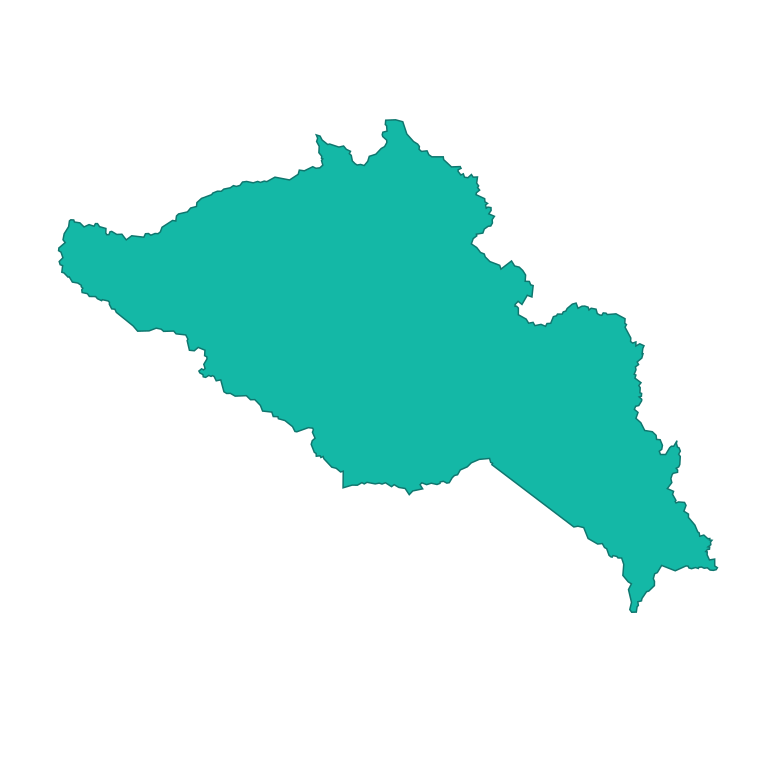 the district of Santa Rosa De Osos, Antioquia, Colombia, rotated 172°
{"feature_id": "7082276B84745263365816", "entity_name": "Santa Rosa De Osos", "entity_type": "district", "adm_level": 2, "iso_a3": "COL", "parent_name": "Colombia", "parent_adm1": "Antioquia", "projection": "mercator", "projection_center": [-75.464, 6.704], "detail": "fine", "context": "isolated", "style": "filled", "palette": "teal", "viewbox_px": 768, "rotation_deg": 172, "n_neighbors": 0, "source": "geoboundaries", "source_scale": "gbopen_adm2", "svg_char_len": 6140}
<svg xmlns="http://www.w3.org/2000/svg" viewBox="0 0 768 768"><g transform="rotate(172 384 384)"><path d="M170.5,123.5L165.9,123.0L164.4,128.1L162.9,129.4L163.0,133.0L159.2,133.4L158.4,135.7L152.9,141.8L150.6,142.1L144.3,146.7L143.6,150.9L144.4,153.7L142.4,158.4L139.6,159.2L134.3,165.7L121.6,158.5L110.3,161.8L108.2,161.3L107.7,159.5L105.2,158.3L101.1,158.9L98.4,157.6L97.8,158.6L95.1,158.6L92.6,157.0L89.4,157.0L87.0,154.4L83.8,153.6L80.9,153.9L79.4,155.7L81.8,157.8L80.9,164.6L86.2,164.5L87.8,169.9L87.3,172.8L88.7,173.3L86.7,175.1L84.7,175.1L84.2,177.1L85.8,177.6L82.7,179.4L82.7,182.1L81.0,183.6L83.4,184.3L82.9,185.6L84.9,185.8L88.3,189.9L92.5,189.3L92.6,192.7L93.9,193.9L95.8,201.1L101.1,209.5L100.6,212.8L104.7,216.3L101.8,221.8L102.9,224.9L108.7,226.2L111.4,225.6L112.0,227.2L111.1,228.1L113.6,234.6L112.2,237.4L118.0,241.0L112.7,246.3L113.1,250.3L111.3,254.1L110.1,255.3L105.6,255.7L105.2,257.9L106.4,259.9L103.7,260.9L102.3,263.1L100.7,271.0L102.0,273.5L99.9,276.3L100.7,279.7L102.2,280.7L102.7,284.6L101.7,287.1L105.8,282.0L108.0,282.4L110.0,281.1L114.9,275.0L120.0,275.7L120.8,279.1L118.1,280.6L116.8,284.5L118.3,290.4L121.8,291.2L121.7,295.3L124.9,299.4L132.3,301.7L135.1,310.0L139.3,314.9L136.4,320.5L139.6,324.1L137.9,326.9L134.7,327.2L131.2,331.5L130.9,333.0L133.2,335.7L130.8,336.1L130.2,338.8L131.8,339.7L130.8,344.7L131.9,347.0L129.3,349.5L134.7,354.9L133.3,357.8L134.9,358.8L132.5,363.0L132.6,366.0L129.2,367.8L130.2,370.6L125.1,373.8L123.3,377.9L124.2,377.9L122.8,383.1L121.2,385.7L125.1,388.2L129.3,386.6L128.7,390.6L132.1,389.9L133.9,391.8L133.2,395.2L137.4,406.7L135.6,409.1L137.1,410.6L136.2,415.1L144.5,421.2L153.3,421.7L154.2,423.2L157.0,423.9L158.8,421.7L160.9,422.4L163.0,424.1L163.6,428.6L168.3,430.2L170.7,428.8L171.2,431.7L174.3,433.2L177.2,433.5L181.3,432.0L182.5,437.4L186.4,436.9L192.1,433.3L193.8,430.9L196.4,430.5L197.9,428.4L202.5,429.1L203.7,427.6L206.9,427.1L210.5,420.9L214.2,421.2L216.0,418.6L220.2,421.2L226.4,420.8L227.8,424.3L232.3,424.1L234.2,428.5L241.3,433.9L240.4,440.5L241.9,442.6L243.4,442.7L243.1,444.5L239.7,447.2L236.3,443.6L229.8,451.9L225.4,449.6L222.6,460.7L224.9,461.8L225.8,465.3L229.9,466.1L228.6,472.2L230.8,477.1L233.8,480.9L238.2,482.7L240.6,488.1L252.2,481.5L252.9,485.4L262.1,490.5L266.1,495.8L266.6,498.8L270.1,500.8L273.1,506.1L278.0,510.6L275.4,515.6L271.5,517.8L271.7,519.5L265.1,519.7L263.1,523.5L258.8,525.7L256.3,525.6L254.2,528.4L254.0,531.7L251.3,534.7L256.6,537.9L253.8,540.9L253.5,543.8L256.5,544.7L258.3,543.9L258.5,547.2L256.3,548.4L258.7,550.4L258.5,553.5L266.5,558.7L265.9,560.5L262.3,562.7L264.0,565.5L262.7,567.0L264.3,570.0L262.6,576.0L266.9,576.4L268.3,579.3L272.2,576.6L275.5,577.6L276.2,581.1L278.8,580.3L281.1,584.3L280.7,585.9L277.7,586.8L278.3,588.7L287.0,589.6L293.7,597.9L293.7,600.7L305.0,602.3L307.7,604.8L308.9,608.9L314.5,609.1L316.6,611.5L315.9,614.3L317.3,616.9L321.0,620.0L326.6,628.4L328.9,641.1L335.7,644.0L345.6,645.0L346.6,640.7L345.5,639.5L345.8,634.0L350.1,633.5L351.1,631.1L350.8,629.2L347.4,625.1L347.6,622.7L350.4,619.0L354.0,617.6L360.1,612.7L366.9,611.5L369.1,606.8L373.2,603.1L376.7,604.7L380.1,604.6L381.9,606.1L384.3,609.3L384.6,615.0L386.3,616.9L384.8,619.1L388.6,621.6L390.9,625.3L395.7,624.9L404.4,629.2L406.4,629.0L411.3,634.2L412.8,638.4L416.4,640.1L415.5,636.6L417.0,633.5L415.1,628.4L416.3,622.1L414.0,618.3L414.5,616.1L413.3,615.4L414.8,614.0L414.1,609.3L417.4,607.0L421.4,607.1L424.3,609.1L433.2,606.2L438.1,607.6L439.8,603.6L449.1,599.2L463.2,604.0L471.9,600.7L474.4,601.6L478.3,600.8L480.9,602.2L485.5,601.4L491.9,603.7L496.0,603.7L499.0,600.7L502.7,600.2L505.5,601.4L508.9,599.7L515.5,599.3L518.3,597.5L522.2,598.1L527.0,596.9L528.3,595.5L538.9,593.2L544.0,589.7L545.0,585.9L551.0,585.2L554.7,581.8L563.8,581.0L566.1,579.3L567.5,574.4L570.6,575.4L582.0,570.1L584.3,565.8L586.8,564.3L589.8,564.9L594.2,563.8L596.3,565.8L599.3,566.0L601.4,562.8L613.2,565.9L619.2,562.6L622.7,568.8L627.8,569.3L632.4,573.0L634.1,572.9L635.6,570.2L637.7,570.4L638.5,572.2L637.7,576.7L643.8,579.4L645.4,582.7L647.4,583.0L649.2,580.6L653.9,582.9L659.2,581.3L662.7,585.9L668.0,587.5L668.4,589.6L671.3,590.2L672.8,589.3L674.4,583.7L679.8,577.3L681.8,571.5L680.0,568.4L687.0,564.0L687.7,561.3L685.5,559.5L684.4,553.7L688.6,550.5L688.1,547.2L685.8,546.0L687.5,539.5L685.5,538.6L682.0,533.8L680.8,533.9L678.4,528.3L673.2,526.6L670.0,523.8L670.3,522.5L668.9,520.8L670.2,519.3L670.2,516.6L665.1,514.7L663.6,511.7L657.4,510.7L655.9,508.3L652.0,505.8L651.2,506.7L645.8,504.7L644.5,503.2L644.9,501.1L643.2,496.3L640.1,495.5L639.1,492.2L624.4,476.5L620.6,470.6L609.2,469.3L601.8,471.0L597.0,469.3L594.9,466.8L584.9,465.7L582.9,462.6L573.5,460.2L571.9,455.7L572.9,454.4L572.0,444.5L567.2,443.3L562.9,446.1L556.6,442.4L557.7,437.0L555.7,435.6L555.8,433.5L559.7,428.6L559.0,424.2L560.8,423.1L562.5,424.4L565.5,422.6L564.8,420.6L562.0,418.5L562.0,416.3L559.7,415.4L556.3,416.9L554.2,415.6L552.8,416.2L551.2,415.1L549.7,410.5L545.1,410.8L543.6,398.6L541.1,396.5L537.4,396.1L533.1,392.7L521.9,391.6L518.4,387.0L514.1,386.5L509.4,380.0L508.0,374.1L499.0,371.8L498.2,367.2L493.6,366.4L493.4,364.3L487.2,361.6L480.5,354.5L478.8,349.4L477.0,348.8L465.0,351.3L460.8,350.2L460.3,348.5L461.6,346.2L459.8,339.9L462.9,337.9L464.5,334.4L462.5,326.0L460.9,324.7L461.1,321.9L457.3,321.8L456.7,320.0L454.4,320.7L453.9,318.3L447.3,308.9L443.1,307.2L439.2,302.9L436.5,303.3L439.0,286.9L429.6,288.3L424.4,287.5L419.6,289.4L417.5,287.8L414.5,289.0L406.6,286.3L402.6,286.5L399.9,285.2L396.3,286.0L390.8,281.3L388.0,282.9L383.7,279.5L377.6,277.6L374.4,270.9L370.4,274.1L360.3,274.8L362.3,279.3L360.3,280.9L355.8,278.4L351.0,279.2L345.5,277.1L342.4,277.8L341.9,279.2L338.7,279.4L335.6,277.1L333.1,277.2L329.5,281.7L326.9,283.6L323.8,283.9L320.4,288.3L313.0,290.4L308.5,293.8L300.2,296.1L289.8,295.6L289.3,291.6L287.5,290.3L288.4,289.1L215.9,216.0L211.7,216.2L206.2,214.0L203.4,202.6L194.7,195.8L190.0,195.6L188.4,191.4L186.4,189.9L185.0,183.0L183.3,181.2L182.1,180.8L181.1,182.2L177.4,180.8L176.5,179.2L172.9,178.6L171.7,172.0L174.1,161.2L169.7,154.1L166.8,151.7L170.5,146.4L169.3,133.3L172.0,126.4L170.5,123.5Z" fill="#14b8a6" stroke="#0f766e" stroke-width="1.5"/></g></svg>